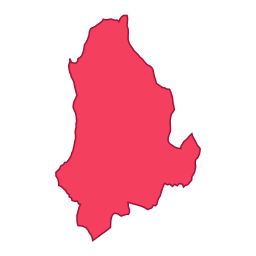 Iaras, São Paulo, Brazil
{"feature_id": "56859067B24028623946293", "entity_name": "Iaras", "entity_type": "district", "adm_level": 2, "iso_a3": "BRA", "parent_name": "Brazil", "parent_adm1": "São Paulo", "projection": "natural_earth1", "projection_center": [-49.105, -22.813], "detail": "fine", "context": "isolated", "style": "filled", "palette": "rose", "viewbox_px": 256, "rotation_deg": 0, "n_neighbors": 0, "source": "geoboundaries", "source_scale": "gbopen_adm2", "svg_char_len": 2547}
<svg xmlns="http://www.w3.org/2000/svg" viewBox="0 0 256 256"><path d="M77.9,225.5L79.9,225.8L82.5,226.0L86.0,227.7L87.8,229.7L89.6,233.2L91.0,234.9L92.1,237.5L92.7,240.6L108.6,229.0L110.5,227.4L110.8,220.4L111.6,216.8L112.6,214.8L114.0,213.4L116.9,213.4L118.9,214.6L121.2,216.1L123.5,215.2L126.5,214.4L128.4,214.3L129.5,212.3L129.4,209.9L128.4,206.6L128.0,202.3L140.3,205.8L143.4,207.0L145.1,207.9L147.6,209.5L151.7,207.9L153.3,205.3L155.6,205.7L156.9,204.1L157.6,201.0L158.5,198.4L160.1,196.0L161.1,192.6L162.0,189.8L162.9,187.0L164.6,183.4L167.4,184.8L169.7,184.1L172.4,186.4L174.7,184.3L177.3,185.8L179.4,183.5L182.6,184.3L183.5,187.0L185.2,185.4L187.7,184.7L189.7,182.4L191.7,179.9L191.9,176.6L193.3,174.6L194.6,171.9L195.2,169.1L195.7,166.6L195.2,163.0L195.7,159.5L197.6,157.9L198.6,155.9L199.5,153.6L200.0,150.9L200.1,148.5L197.2,145.1L196.0,142.6L193.9,138.6L192.6,136.4L191.9,133.7L189.8,135.6L187.6,138.4L183.6,141.9L181.0,146.5L180.7,148.7L176.7,147.9L174.5,146.9L171.8,145.1L169.4,143.4L168.1,140.8L168.1,138.1L169.2,134.2L170.4,131.4L170.5,128.4L170.3,124.1L170.1,120.8L170.5,117.9L171.3,114.5L173.3,111.4L174.4,109.5L173.7,106.0L173.0,102.8L172.8,100.3L172.1,96.1L170.9,92.4L169.4,89.2L167.0,89.1L164.8,87.9L162.8,87.6L159.7,85.7L156.5,83.5L155.2,79.0L154.2,75.9L152.9,69.5L151.7,67.6L149.9,66.0L147.0,64.6L144.6,62.0L142.5,59.2L139.8,57.0L138.1,54.7L133.9,50.6L132.7,48.6L129.6,44.2L128.7,41.7L128.1,39.2L128.1,35.5L128.3,32.2L128.1,28.9L127.0,25.8L127.6,19.4L127.1,15.5L123.7,15.4L121.5,16.9L120.0,19.1L118.9,21.6L117.3,20.2L114.3,20.1L110.7,19.0L107.9,19.7L105.2,19.7L103.3,19.2L102.0,21.3L99.7,23.2L97.4,24.7L95.3,26.4L90.7,28.6L89.4,31.7L89.1,34.9L88.0,38.2L86.7,41.5L84.5,44.8L83.8,49.8L83.0,52.4L81.9,55.5L79.9,57.6L78.0,58.6L77.6,61.4L75.7,63.2L71.6,62.8L69.8,58.5L69.9,61.7L69.0,64.2L68.7,66.5L69.2,69.4L69.7,72.2L70.8,74.5L71.2,76.8L72.3,78.7L74.0,82.2L74.5,85.7L75.3,88.9L76.2,92.6L77.0,95.2L76.0,97.5L75.0,99.7L74.0,101.7L73.4,104.3L73.1,107.2L74.0,109.6L75.5,112.9L76.2,116.0L76.4,118.9L76.6,121.3L76.0,123.9L76.2,127.1L75.5,129.4L75.2,132.8L75.6,135.7L75.5,138.7L74.9,141.2L74.2,145.2L73.5,148.1L73.0,150.6L71.8,153.1L71.0,156.2L68.6,159.9L66.6,162.4L64.7,162.4L63.5,164.6L61.0,165.8L59.5,168.8L57.6,170.7L55.9,172.3L56.0,176.1L57.9,178.9L58.6,182.2L58.7,185.5L61.5,186.6L63.2,188.4L65.6,190.5L67.1,193.2L69.0,194.5L69.2,196.9L71.5,198.1L72.0,200.4L74.8,201.4L77.5,201.1L78.5,203.8L80.5,204.4L79.2,207.0L78.2,210.9L77.0,214.9L77.0,218.7L77.1,221.9L77.9,225.5Z" fill="#f43f5e" stroke="#9f1239" stroke-width="1.5"/></svg>